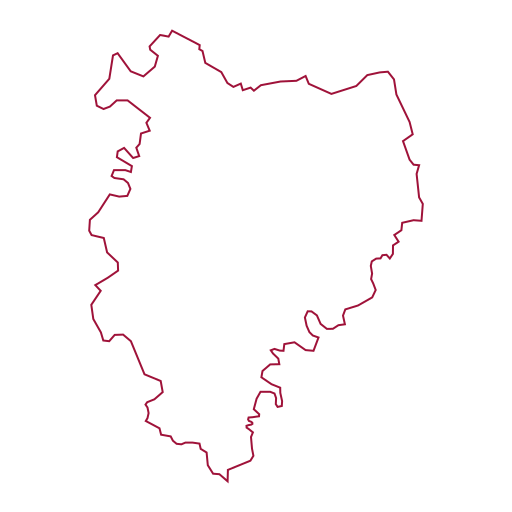 outline of Minas de Corrales, Rivera, Uruguay
{"feature_id": "84410073B24709911994057", "entity_name": "Minas de Corrales", "entity_type": "district", "adm_level": 2, "iso_a3": "URY", "parent_name": "Uruguay", "parent_adm1": "Rivera", "projection": "albers", "projection_center": [-55.503, -31.525], "detail": "fine", "context": "isolated", "style": "outline", "palette": "rose", "viewbox_px": 512, "rotation_deg": 0, "n_neighbors": 0, "source": "geoboundaries", "source_scale": "gbopen_adm2", "svg_char_len": 2518}
<svg xmlns="http://www.w3.org/2000/svg" viewBox="0 0 512 512"><path d="M162.7,392.1L154.4,399.3L147.2,402.2L145.5,404.6L147.5,407.5L148.6,413.1L147.5,418.1L145.8,421.0L159.5,428.3L161.1,434.7L170.7,436.4L172.9,440.7L176.6,443.8L181.4,444.3L185.4,442.6L192.5,442.6L199.5,443.6L200.7,448.9L206.6,452.5L207.8,465.2L213.1,473.7L219.4,474.2L227.6,481.3L227.9,469.9L250.4,460.7L253.4,455.8L252.0,448.6L251.0,437.0L252.9,432.4L248.7,429.0L246.6,427.6L246.5,425.8L248.6,425.1L251.3,424.6L252.4,423.9L252.3,422.7L251.2,421.8L248.9,420.9L248.1,419.4L248.6,417.5L252.7,417.2L256.5,416.6L259.0,416.3L259.2,414.2L256.5,411.7L253.8,409.2L256.6,398.7L260.5,391.8L270.2,391.8L274.5,393.5L276.1,398.1L275.8,404.1L277.6,406.9L281.8,406.0L282.1,401.1L280.3,392.9L280.2,387.7L271.5,384.2L261.4,377.3L262.5,371.0L270.2,364.4L279.3,364.2L278.3,358.6L273.0,353.5L270.8,350.3L274.5,348.9L279.8,350.6L283.5,350.8L284.3,344.1L294.5,342.3L305.6,350.1L313.5,350.8L318.5,337.5L312.8,335.5L309.4,332.1L306.6,325.7L304.9,317.5L307.7,311.3L311.5,311.4L316.9,315.4L320.6,323.9L326.9,328.9L332.9,328.8L338.4,325.2L344.9,324.3L343.0,315.6L345.3,309.4L358.0,305.5L372.2,297.4L375.7,290.0L373.2,283.4L371.1,279.1L372.1,273.6L370.8,265.9L371.8,261.4L376.2,258.6L380.5,258.4L382.4,255.2L386.5,254.8L389.8,258.5L392.9,253.9L393.0,245.4L398.6,241.7L394.3,235.0L401.4,230.2L402.2,222.8L413.6,220.2L421.5,220.8L422.8,203.9L419.1,197.4L416.6,173.9L419.1,165.2L413.6,164.7L409.6,159.7L403.0,141.1L412.7,134.3L409.6,122.0L396.4,94.5L394.0,79.4L387.9,71.7L379.8,72.4L367.3,75.1L356.3,86.0L331.4,93.9L308.8,83.8L305.6,76.0L296.4,80.8L280.6,81.5L260.9,85.2L253.9,90.7L250.6,87.6L242.8,90.2L240.8,83.6L233.4,86.9L227.4,83.0L221.3,72.1L205.3,62.9L202.5,51.0L199.3,49.2L199.7,45.1L172.1,30.7L168.6,36.6L160.1,35.0L149.6,46.4L150.2,49.7L157.9,55.8L154.8,66.6L143.4,76.4L130.7,71.3L117.6,53.2L113.0,55.4L109.3,78.8L95.0,95.2L96.8,105.7L103.5,109.0L109.9,106.6L116.7,100.4L127.6,100.4L150.0,117.8L146.4,122.8L149.7,130.7L141.0,133.5L139.6,144.0L136.3,147.7L139.2,156.1L133.1,158.0L124.1,147.9L117.7,151.4L116.9,157.2L131.9,166.1L130.9,172.0L125.2,170.1L114.0,170.1L111.6,176.0L114.4,178.0L123.6,179.3L128.0,183.0L130.4,188.9L127.3,195.9L119.2,196.6L109.8,194.4L98.2,212.3L89.9,219.8L89.2,230.7L91.6,235.1L103.8,238.0L107.1,252.4L117.8,262.5L118.1,270.6L107.7,277.8L95.3,285.1L100.7,290.8L91.3,304.8L93.3,319.0L100.9,332.4L103.3,340.5L109.2,341.2L114.7,334.9L123.1,334.6L130.9,341.2L144.5,374.3L160.7,381.0L162.7,392.1Z" fill="none" stroke="#9f1239" stroke-width="2"/></svg>